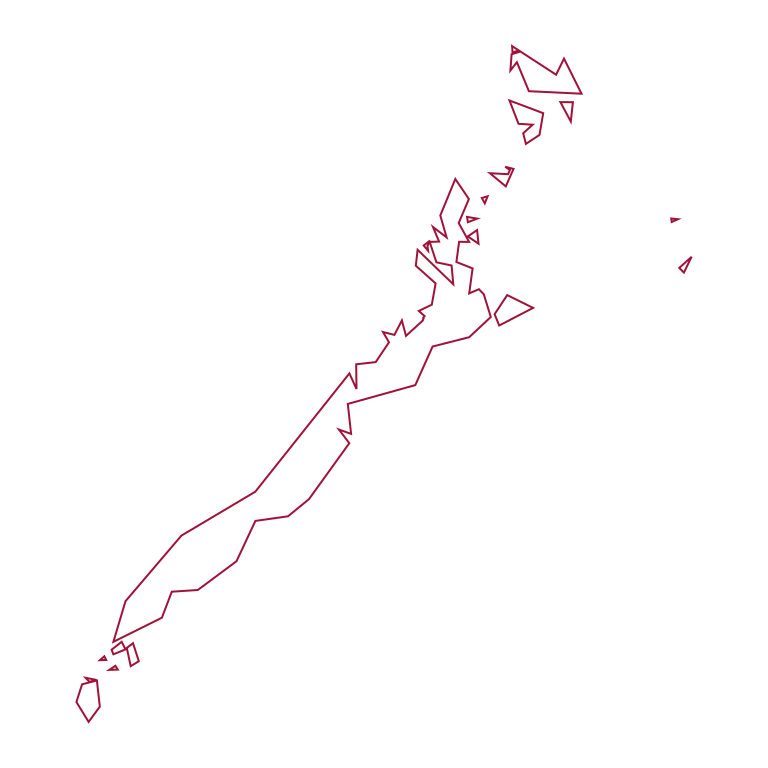 Palawan, Palawan, Philippines (orthographic projection)
{"feature_id": "2640588B20950743061684", "entity_name": "Palawan", "entity_type": "district", "adm_level": 2, "iso_a3": "PHL", "parent_name": "Philippines", "parent_adm1": "Palawan", "projection": "orthographic", "projection_center": [119.327, 9.944], "detail": "medium", "context": "isolated", "style": "outline", "palette": "rose", "viewbox_px": 768, "rotation_deg": 0, "n_neighbors": 0, "source": "geoboundaries", "source_scale": "gbopen_adm2", "svg_char_len": 1908}
<svg xmlns="http://www.w3.org/2000/svg" viewBox="0 0 768 768"><path d="M490.8,317.0L483.8,294.3L478.9,289.2L469.2,293.4L472.6,268.4L456.4,262.0L459.1,241.8L469.1,241.9L458.7,223.0L468.9,199.0L455.3,179.0L440.3,215.5L446.6,237.4L433.0,227.0L439.1,241.6L429.7,241.9L436.4,262.3L451.6,265.5L453.3,284.3L417.6,249.8L415.8,265.7L435.6,283.4L431.8,304.7L418.8,310.9L424.6,316.1L423.2,317.9L423.6,318.6L423.2,319.3L423.1,319.7L422.8,320.3L422.8,320.5L406.0,335.9L401.9,320.4L394.4,334.9L383.0,332.0L389.0,342.3L375.7,362.1L356.2,364.3L356.5,389.0L349.4,373.4L255.3,491.7L181.4,535.6L125.5,601.2L113.4,641.8L161.9,617.7L171.8,591.7L197.8,590.0L236.5,561.2L255.4,520.9L288.0,516.3L309.0,499.1L349.3,443.2L338.9,429.5L351.1,433.9L347.8,403.9L415.3,385.1L432.6,346.5L469.2,337.2L490.8,317.0ZM556.1,74.7L512.1,46.1L512.5,52.4L516.5,51.2L519.3,51.0L519.9,51.7L511.6,54.3L510.4,70.5L516.9,62.2L528.9,91.2L581.5,93.7L564.0,58.6L556.1,74.7ZM543.2,113.2L509.5,100.5L518.5,123.8L532.7,124.7L523.2,133.2L525.9,143.9L539.5,134.9L543.2,113.2ZM499.2,325.5L533.1,307.9L507.2,295.1L494.6,314.2L499.2,325.5ZM96.9,680.5L82.1,684.3L76.4,702.0L88.6,721.9L99.8,706.7L96.9,680.5ZM133.0,643.2L126.8,647.9L130.7,666.2L138.8,661.2L133.0,643.2ZM513.5,168.9L505.2,166.8L509.9,169.9L508.1,174.2L489.9,173.2L505.8,186.4L513.5,168.9ZM572.9,102.2L560.4,102.1L570.8,121.5L572.9,102.2ZM691.6,256.8L679.3,267.9L683.9,272.6L691.6,256.8ZM477.1,230.1L467.8,236.4L478.5,243.7L477.1,230.1ZM121.7,641.8L111.6,649.7L113.4,654.3L125.5,649.4L121.7,641.8ZM477.2,218.6L467.0,216.9L467.9,222.2L477.2,218.6ZM96.4,679.9L85.6,677.8L89.4,681.8L96.4,679.9ZM430.0,240.6L423.7,245.5L428.1,250.8L427.5,245.9L430.0,240.6ZM115.4,665.8L109.3,669.9L117.8,669.6L115.4,665.8ZM104.3,656.3L99.9,660.2L106.2,660.0L104.3,656.3ZM487.6,196.3L481.8,198.0L484.8,203.4L487.6,196.3ZM678.0,219.2L671.3,218.5L671.7,222.0L678.0,219.2Z" fill="none" stroke="#9f1239" stroke-width="2"/></svg>